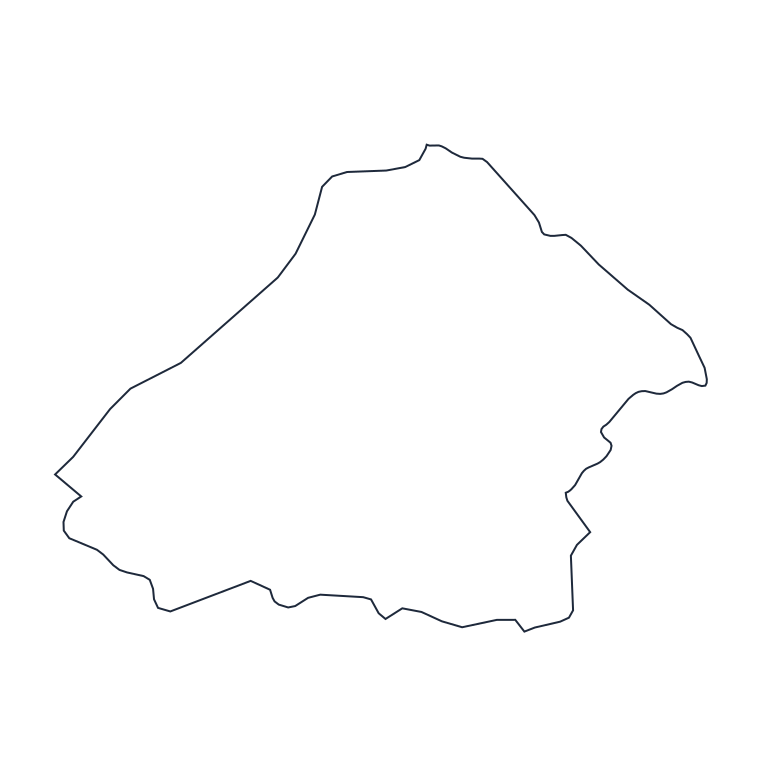 an SVG outline of Chieti, rotated 274°
{"feature_id": "ITA-5421", "entity_name": "Chieti", "entity_type": "Province", "adm_level": 1, "iso_a3": "ITA", "parent_name": "Italy", "parent_adm1": "", "projection": "orthographic", "projection_center": [14.381, 42.106], "detail": "fine", "context": "isolated", "style": "outline", "palette": "slate", "viewbox_px": 768, "rotation_deg": 274, "n_neighbors": 0, "source": "natural_earth", "source_scale": "10m", "svg_char_len": 1801}
<svg xmlns="http://www.w3.org/2000/svg" viewBox="0 0 768 768"><g transform="rotate(274 384 384)"><path d="M270.8,62.2L289.6,79.0L339.9,112.5L361.7,131.4L390.9,179.9L482.8,270.6L507.8,286.7L548.2,303.2L576.4,308.5L587.4,317.8L592.9,332.3L597.1,371.4L601.9,390.0L609.8,403.6L621.6,409.1L625.7,409.9L625.0,412.8L625.8,422.1L625.1,425.0L623.4,429.1L619.6,435.6L616.0,444.3L615.3,448.2L615.0,455.8L615.5,463.0L615.5,466.6L612.6,471.3L563.0,522.3L555.9,527.3L546.7,530.9L544.4,533.4L543.4,539.5L543.7,543.8L545.0,551.3L545.5,554.9L542.8,560.8L535.7,570.8L518.2,589.9L495.1,620.6L481.6,643.1L463.7,666.1L460.5,672.7L458.6,678.0L454.8,682.9L451.5,686.5L434.4,696.0L422.5,702.7L411.3,705.7L407.6,705.8L404.8,704.7L404.1,701.2L404.7,698.0L407.0,691.3L407.6,687.9L407.1,684.7L406.0,681.6L402.6,676.4L398.9,671.7L395.4,666.4L394.1,663.5L393.4,660.2L393.4,656.4L395.2,645.1L394.8,641.5L393.9,638.4L392.4,635.7L390.5,633.3L386.3,629.0L361.8,611.4L358.9,608.6L356.8,605.8L354.2,604.1L351.2,603.8L346.0,607.3L341.2,614.1L338.2,615.3L334.0,614.7L327.5,611.0L323.9,608.0L321.2,605.1L319.5,602.6L315.1,594.1L313.5,591.5L311.3,589.4L308.8,587.6L296.5,581.7L292.0,578.2L290.5,576.7L289.3,575.2L288.2,572.9L283.6,573.8L280.3,575.1L250.6,600.0L237.0,587.7L225.8,582.4L171.4,588.4L163.8,584.8L159.2,576.3L151.6,551.5L146.8,541.3L157.9,531.4L156.6,513.1L146.8,478.9L151.3,458.3L159.2,437.3L161.5,417.9L149.7,401.9L154.9,394.7L168.2,386.1L169.9,378.1L169.4,335.1L165.4,323.2L156.3,310.9L154.4,304.0L156.6,294.4L159.5,290.0L162.9,287.8L170.8,284.7L178.3,264.7L142.2,186.7L144.9,174.2L153.2,169.6L163.6,167.9L172.3,164.0L175.6,157.6L178.1,140.8L180.1,133.1L184.3,126.6L194.3,115.8L198.6,109.2L208.2,80.8L215.4,74.8L224.0,73.9L234.9,76.6L244.9,82.2L250.7,89.8L270.8,62.2Z" fill="none" stroke="#1e293b" stroke-width="2"/></g></svg>